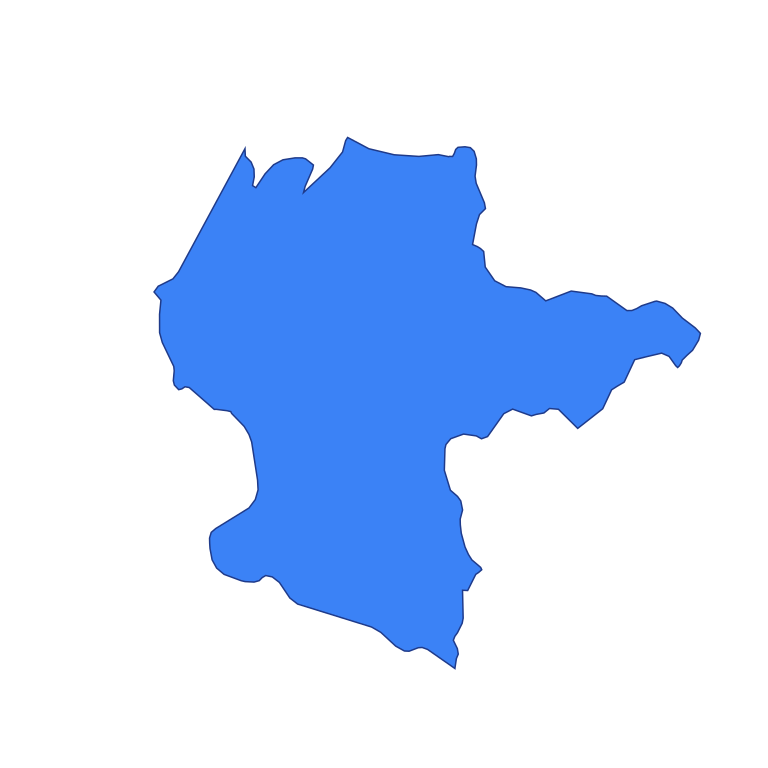 SVG path tracing the border of Choluteca, rotated 122°
{"feature_id": "HND-661", "entity_name": "Choluteca", "entity_type": "Department", "adm_level": 1, "iso_a3": "HND", "parent_name": "Honduras", "parent_adm1": "", "projection": "orthographic", "projection_center": [-87.137, 13.37], "detail": "fine", "context": "isolated", "style": "filled", "palette": "blue", "viewbox_px": 768, "rotation_deg": 122, "n_neighbors": 0, "source": "natural_earth", "source_scale": "10m", "svg_char_len": 2391}
<svg xmlns="http://www.w3.org/2000/svg" viewBox="0 0 768 768"><g transform="rotate(122 384 384)"><path d="M611.5,447.4L607.1,450.3L601.4,451.9L595.7,450.1L560.7,432.8L550.2,431.9L540.5,434.7L532.5,440.3L503.3,465.5L498.4,471.7L494.1,480.0L489.7,497.6L488.6,499.3L489.8,502.9L494.4,512.9L495.5,514.5L490.2,547.3L491.8,551.3L495.2,552.8L497.6,555.1L496.0,561.2L492.9,564.4L484.0,568.9L480.5,571.6L466.3,594.0L459.4,601.5L443.8,611.3L431.1,617.6L427.8,627.8L420.7,627.3L406.7,618.7L397.7,617.7L258.1,626.6L258.4,626.4L264.3,622.3L266.2,614.3L270.6,608.2L277.1,603.8L285.4,600.6L285.4,596.7L268.6,596.2L256.5,593.8L247.4,588.5L239.4,579.3L235.5,573.1L234.6,569.8L235.7,559.9L239.5,558.4L258.2,555.6L264.3,553.7L229.1,544.3L209.2,542.1L197.9,545.5L194.2,545.5L192.5,521.5L184.2,496.8L172.5,475.0L160.7,459.5L156.9,449.5L156.2,449.0L154.7,446.4L151.1,446.6L147.1,447.5L144.1,446.7L139.9,441.0L137.8,436.0L138.9,430.9L144.1,425.0L149.3,421.6L159.5,416.9L164.9,412.2L177.1,394.9L181.5,390.9L189.7,392.8L199.3,390.4L218.8,382.8L218.0,377.6L218.0,373.9L218.8,369.7L231.2,360.1L237.8,344.8L236.8,332.1L230.0,318.9L226.6,309.5L225.8,303.7L227.8,290.9L206.0,274.5L197.4,255.5L196.7,251.4L194.2,246.3L191.5,241.7L193.0,216.9L190.3,212.7L186.2,209.7L181.1,207.0L170.4,198.1L169.2,196.7L166.7,188.3L166.6,179.4L170.0,165.9L171.5,149.7L173.4,142.5L180.1,140.4L191.9,140.2L198.9,142.2L205.7,143.8L208.4,143.1L212.0,143.1L214.4,143.7L213.9,146.3L209.5,156.9L210.7,164.9L222.3,176.4L230.5,184.3L255.1,181.3L262.4,185.1L268.3,187.9L289.1,185.4L319.0,196.2L313.0,222.7L317.1,230.7L323.8,233.0L329.1,238.8L332.9,242.1L335.5,254.0L337.1,261.6L345.7,266.7L373.7,268.3L378.8,272.3L379.1,278.2L384.3,290.0L395.0,298.4L402.5,299.4L406.6,298.0L425.2,287.1L438.9,271.4L440.4,262.0L442.5,256.9L449.2,250.6L458.2,247.8L462.9,244.7L469.6,239.4L479.3,228.9L483.8,222.1L486.6,216.3L488.3,204.8L489.7,202.7L493.7,203.9L496.8,205.3L514.8,203.6L517.3,208.1L540.6,192.8L545.5,190.9L555.9,189.9L560.5,190.2L564.6,189.4L569.5,181.6L573.7,177.9L578.5,177.1L587.3,173.3L587.7,173.1L586.0,206.4L587.2,212.0L589.5,215.2L592.0,217.1L597.3,221.1L599.6,225.2L600.1,235.2L596.3,255.1L596.7,265.8L616.4,340.6L615.4,350.4L607.7,367.6L606.8,376.5L609.1,382.8L612.7,384.7L616.9,385.6L620.8,389.2L625.2,397.1L626.5,400.9L630.2,418.8L628.8,428.4L624.2,436.6L615.8,444.3L611.5,447.4Z" fill="#3b82f6" stroke="#1e3a8a" stroke-width="1.5"/></g></svg>